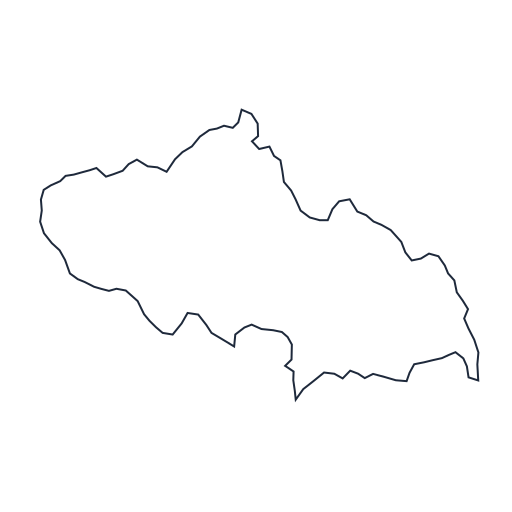 the district of Juatuba, Minas Gerais, Brazil, rotated 354°
{"feature_id": "56859067B43711493221364", "entity_name": "Juatuba", "entity_type": "district", "adm_level": 2, "iso_a3": "BRA", "parent_name": "Brazil", "parent_adm1": "Minas Gerais", "projection": "natural_earth1", "projection_center": [-44.35, -19.955], "detail": "fine", "context": "isolated", "style": "outline", "palette": "slate", "viewbox_px": 512, "rotation_deg": 354, "n_neighbors": 0, "source": "geoboundaries", "source_scale": "gbopen_adm2", "svg_char_len": 1743}
<svg xmlns="http://www.w3.org/2000/svg" viewBox="0 0 512 512"><g transform="rotate(354 256 256)"><path d="M355.1,209.4L344.4,210.3L336.9,217.4L331.1,227.9L323.2,227.1L313.5,223.3L305.1,215.5L301.3,203.8L297.8,194.6L291.5,185.3L291.1,174.5L290.3,163.4L284.4,158.4L280.8,148.6L270.3,149.9L264.0,141.5L270.6,137.0L271.5,124.5L266.3,114.2L257.0,109.0L252.3,121.3L246.3,126.1L237.8,123.1L230.4,125.2L222.8,125.8L212.7,131.4L203.7,140.3L193.7,145.0L185.6,151.3L175.9,162.9L167.2,157.5L157.7,155.5L147.6,147.7L139.0,151.3L132.3,157.3L122.5,159.8L115.1,161.4L106.5,151.8L99.6,153.3L91.5,154.6L83.3,156.0L75.0,156.4L69.1,161.1L59.3,164.3L51.8,168.0L48.0,177.4L47.7,188.4L44.9,199.3L47.5,211.2L54.3,221.9L61.3,229.8L65.7,240.0L69.1,253.9L76.3,260.4L82.8,263.9L91.8,269.7L98.9,272.6L106.1,275.3L113.8,274.0L122.9,276.7L133.6,288.5L138.6,302.2L143.3,309.3L149.1,316.4L155.1,322.7L164.9,325.4L175.0,315.3L182.0,305.5L192.4,308.2L199.4,319.4L203.7,327.8L212.7,334.5L224.8,343.7L227.2,331.9L237.0,325.9L244.5,323.8L253.8,329.2L265.3,331.6L273.8,334.3L279.0,339.9L282.4,347.8L280.5,362.7L273.5,368.3L281.3,374.8L280.1,383.5L280.5,394.2L280.5,403.0L289.1,393.3L300.1,386.4L311.5,379.0L321.6,381.3L329.4,386.8L337.7,379.9L345.2,383.7L351.4,388.8L360.1,385.5L371.1,389.7L382.1,394.2L392.7,396.2L396.5,388.2L402.0,380.2L411.9,379.3L420.8,378.1L430.2,377.0L437.3,374.6L444.3,372.5L451.5,379.5L454.2,387.8L454.7,398.9L464.0,403.0L464.8,386.9L467.1,375.2L464.3,362.1L459.7,350.2L456.5,339.9L461.3,331.0L457.0,322.1L451.9,313.1L450.7,301.0L445.2,293.4L442.8,285.2L437.4,275.3L428.3,271.7L419.7,275.8L410.4,276.7L404.9,268.0L402.0,257.2L392.7,244.3L384.1,238.2L376.5,234.0L369.9,227.0L361.4,222.4L355.1,209.4Z" fill="none" stroke="#1e293b" stroke-width="2"/></g></svg>